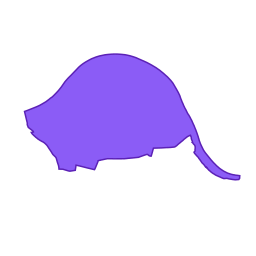 outline of Westervoort, Gelderland, Netherlands, rotated 76°
{"feature_id": "6326949B9198746369374", "entity_name": "Westervoort", "entity_type": "district", "adm_level": 2, "iso_a3": "NLD", "parent_name": "Netherlands", "parent_adm1": "Gelderland", "projection": "mercator", "projection_center": [5.981, 51.96], "detail": "fine", "context": "isolated", "style": "filled", "palette": "violet", "viewbox_px": 256, "rotation_deg": 76, "n_neighbors": 0, "source": "geoboundaries", "source_scale": "gbopen_adm2", "svg_char_len": 5391}
<svg xmlns="http://www.w3.org/2000/svg" viewBox="0 0 256 256"><g transform="rotate(76 128 128)"><path d="M68.2,178.4L68.6,178.8L72.1,182.8L74.9,186.5L76.8,189.4L77.1,189.9L78.4,192.0L79.5,193.9L80.4,196.3L80.9,197.2L81.8,199.3L82.7,201.4L83.9,205.5L84.7,208.4L85.2,211.2L85.5,213.2L86.6,221.3L86.9,224.4L95.9,224.5L97.7,224.5L98.2,224.5L99.0,224.5L99.3,224.6L99.5,224.7L99.6,224.8L100.1,224.9L100.3,224.9L100.5,224.9L100.8,224.9L101.1,224.9L101.6,224.8L101.8,224.8L102.2,224.7L102.6,224.7L103.3,224.6L103.4,224.4L103.7,224.3L105.1,223.2L106.2,222.3L107.3,221.5L107.6,221.2L107.9,221.0L108.1,220.9L108.4,220.8L108.8,220.7L109.0,220.7L109.0,221.1L109.0,222.3L108.9,222.9L109.7,222.7L110.2,222.5L110.6,222.3L111.0,222.1L111.3,221.9L111.6,221.7L112.3,221.3L113.9,220.2L114.6,219.8L115.3,219.2L116.1,218.6L116.4,218.4L116.9,218.1L117.0,217.9L117.9,217.1L118.4,216.6L118.8,216.3L119.1,215.9L119.9,215.1L120.2,214.8L120.6,214.3L121.1,213.7L121.5,213.4L121.9,213.0L122.4,212.6L123.0,212.2L123.6,211.8L124.3,211.4L124.7,211.1L125.2,210.9L125.6,210.7L126.1,210.5L126.7,210.3L127.6,210.0L128.8,209.6L130.1,209.1L132.3,208.3L134.0,207.8L135.1,207.4L135.5,207.3L135.8,207.1L137.9,205.8L138.7,205.3L139.6,205.0L140.1,204.9L141.1,204.9L144.1,204.8L146.6,204.6L147.8,204.5L148.7,204.6L150.0,204.7L151.2,204.9L152.2,201.3L152.3,201.1L152.4,200.9L155.1,196.4L155.4,195.8L155.7,195.2L155.8,194.7L155.9,194.2L156.3,189.5L156.3,189.4L151.5,187.4L152.8,184.8L153.9,182.7L156.7,177.5L160.3,170.6L159.6,169.9L157.6,168.4L154.6,166.2L153.2,165.2L152.5,164.9L152.5,164.5L152.5,162.8L152.6,162.6L152.5,162.2L152.6,160.6L152.7,157.5L152.8,155.6L152.9,155.0L153.0,154.7L153.1,154.3L153.4,153.2L154.1,150.3L154.2,150.2L156.0,142.9L156.7,139.9L156.8,139.6L156.9,139.2L157.2,137.2L157.4,135.6L157.5,134.9L158.1,131.1L158.3,129.7L158.5,128.3L159.0,124.8L158.8,123.4L158.7,122.4L158.6,121.2L158.5,120.7L158.5,120.2L158.4,119.4L158.3,118.3L158.2,116.7L158.2,116.4L158.2,116.1L158.3,115.9L158.3,115.6L158.5,115.4L158.6,115.2L158.8,115.1L159.1,114.9L159.3,114.7L159.5,114.6L159.7,114.4L159.9,114.3L160.0,114.1L160.3,113.8L160.5,113.4L160.6,113.2L160.8,112.7L160.9,112.3L159.2,111.3L157.1,110.1L153.7,108.2L155.0,102.2L155.2,101.2L155.4,100.3L156.2,96.0L156.7,93.7L157.2,91.1L157.4,89.4L157.5,88.8L157.6,88.3L157.6,88.0L157.6,87.7L157.7,87.2L157.4,86.4L157.0,85.2L156.8,84.8L156.2,83.8L155.7,82.8L155.3,82.0L154.9,81.0L154.0,79.3L153.7,78.5L153.3,77.7L153.2,77.5L152.8,76.9L152.4,76.1L152.0,75.2L151.5,74.1L151.1,73.2L150.8,72.5L150.5,71.5L150.4,70.9L150.3,70.3L150.2,69.9L150.1,69.4L150.1,69.2L150.3,69.1L150.5,69.1L150.8,69.1L151.1,69.1L151.5,69.0L151.8,68.9L152.1,68.9L152.3,68.9L153.3,69.1L153.6,69.1L154.0,69.1L154.3,69.1L154.8,69.1L155.2,69.0L155.5,68.9L155.8,68.8L156.0,68.8L156.5,68.8L156.9,68.8L157.1,68.8L157.4,68.8L157.5,69.2L157.8,69.0L158.5,68.6L158.8,68.5L159.1,68.4L159.4,68.3L159.7,68.1L160.0,67.9L160.5,67.6L161.0,67.4L161.5,67.4L161.8,67.4L162.3,67.3L162.7,67.4L163.0,67.5L163.5,67.6L164.1,67.8L164.5,67.9L164.8,68.1L165.2,68.2L165.6,68.3L166.3,68.4L166.4,68.5L166.5,68.5L166.8,68.8L167.2,69.3L167.3,69.5L167.5,69.7L167.5,69.8L167.8,69.8L168.0,69.7L168.8,69.5L169.0,69.4L169.3,69.2L169.7,69.0L170.2,68.7L170.5,68.6L171.1,68.3L171.6,68.0L172.4,67.6L173.0,67.2L173.8,66.8L174.7,66.6L174.9,66.5L175.5,66.2L176.1,65.9L176.8,65.7L177.5,65.4L178.2,65.1L178.9,64.9L179.2,64.8L179.5,64.7L180.0,64.4L180.4,64.1L181.0,63.8L181.4,63.5L181.8,63.3L182.4,63.0L183.2,62.7L183.7,62.5L184.2,62.3L184.6,62.1L184.9,62.0L185.0,61.6L184.9,61.6L184.8,61.4L185.3,61.1L185.4,61.5L185.9,61.2L186.0,61.1L186.3,60.9L186.5,60.7L186.8,60.6L187.2,60.4L187.6,60.1L188.2,59.9L188.6,59.6L189.2,59.2L189.4,59.0L189.8,58.7L190.2,58.5L190.5,58.3L191.1,57.8L191.6,57.4L191.9,57.2L192.2,56.9L192.8,56.4L193.2,55.9L194.0,55.2L194.8,54.4L195.2,54.0L196.1,52.8L196.9,51.8L198.1,50.2L198.8,49.4L199.4,48.5L200.1,47.6L200.2,47.2L200.4,46.7L200.5,45.9L200.8,44.2L201.5,42.9L201.8,42.3L203.2,39.1L203.5,38.3L204.2,36.5L204.5,34.8L204.8,33.0L203.9,31.9L201.3,31.1L201.0,31.9L200.4,33.3L199.8,35.0L199.2,36.2L198.9,37.0L197.9,39.0L197.3,40.0L196.5,41.2L196.0,42.1L195.0,43.3L194.2,44.2L192.9,45.7L191.9,46.6L190.8,47.6L189.8,48.5L188.9,49.2L188.0,49.8L185.9,51.3L184.6,52.0L183.0,53.0L181.6,53.8L180.4,54.4L179.1,55.1L170.7,59.0L169.9,59.3L167.7,60.1L165.4,60.6L163.0,61.1L160.9,61.5L157.3,61.9L156.8,61.9L155.7,61.9L154.7,62.0L153.7,62.0L152.3,62.1L151.3,62.2L150.0,62.3L147.2,62.6L146.1,62.7L145.0,62.9L142.9,63.2L141.9,63.3L140.0,63.7L138.8,63.9L137.7,64.1L136.4,64.3L134.1,64.9L133.0,65.1L131.6,65.5L130.2,65.9L128.6,66.5L127.9,66.7L126.0,67.1L124.1,67.5L122.5,68.0L121.3,68.2L119.5,68.6L118.4,68.7L116.8,69.0L115.2,69.3L114.0,69.4L112.1,69.7L109.2,69.9L105.8,70.6L101.7,71.7L99.7,72.3L97.9,72.8L96.6,73.2L95.0,73.7L92.2,75.0L88.6,77.0L87.6,77.6L86.2,78.6L84.1,80.0L83.1,80.7L81.4,82.0L79.9,83.1L78.8,84.0L77.5,85.2L76.5,86.0L75.4,87.1L74.2,88.3L72.9,89.6L71.5,91.1L68.9,94.0L67.9,95.3L66.9,96.5L65.8,98.0L64.9,99.1L63.8,100.6L61.8,103.1L60.3,105.4L58.4,108.6L56.9,111.6L56.1,113.4L54.8,117.0L53.7,120.5L52.9,123.6L52.4,126.1L51.9,129.0L51.6,131.1L51.4,133.0L51.3,135.6L51.2,138.2L51.3,140.3L51.4,142.0L51.7,144.2L52.0,146.5L52.6,149.1L53.7,153.1L54.7,156.0L55.9,158.8L57.2,161.3L58.5,163.3L61.0,167.3L63.1,170.6L64.2,172.5L65.3,174.3L66.9,176.6L67.1,176.9L67.4,177.3L68.0,178.1L68.2,178.4Z" fill="#8b5cf6" stroke="#5b21b6" stroke-width="1.5"/></g></svg>